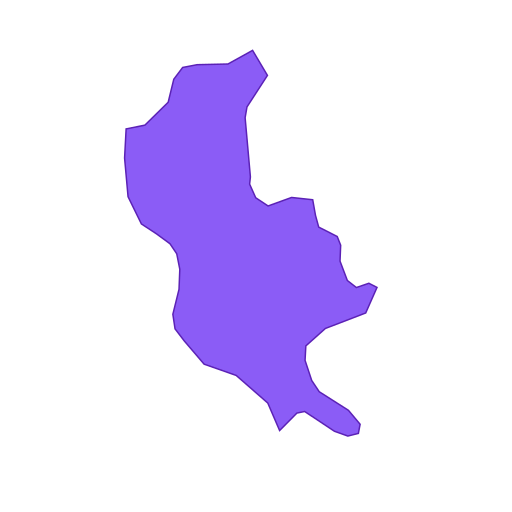 Koung-Khi, Ouest, Cameroon, rotated 339°
{"feature_id": "32672807B81686658173178", "entity_name": "Koung-Khi", "entity_type": "district", "adm_level": 2, "iso_a3": "CMR", "parent_name": "Cameroon", "parent_adm1": "Ouest", "projection": "equal_earth", "projection_center": [10.485, 5.336], "detail": "fine", "context": "isolated", "style": "filled", "palette": "violet", "viewbox_px": 512, "rotation_deg": 339, "n_neighbors": 0, "source": "geoboundaries", "source_scale": "gbopen_adm2", "svg_char_len": 822}
<svg xmlns="http://www.w3.org/2000/svg" viewBox="0 0 512 512"><g transform="rotate(339 256 256)"><path d="M215.5,427.4L237.9,417.3L245.7,418.6L266.4,447.7L277.2,457.0L288.0,458.3L292.9,450.4L287.0,433.2L266.4,405.4L263.4,392.2L264.4,371.0L270.3,357.8L294.8,348.5L338.0,348.5L357.7,328.7L351.6,321.9L338.4,321.4L332.5,311.6L332.6,290.9L338.9,276.3L338.8,266.9L324.9,251.5L326.1,239.4L329.1,223.8L310.2,214.1L285.2,213.6L276.6,201.5L275.8,186.6L279.1,180.2L295.4,123.0L301.0,113.6L331.4,91.5L326.5,62.8L298.6,66.7L269.6,56.3L255.1,53.7L242.6,61.5L229.1,81.0L199.2,94.0L180.3,90.8L168.4,117.5L157.8,154.8L160.5,185.0L171.2,199.9L180.1,213.8L182.8,225.5L180.1,241.1L172.2,259.5L157.5,280.6L154.3,295.0L158.6,309.6L168.8,338.4L194.7,360.4L214.3,397.5L215.5,427.4Z" fill="#8b5cf6" stroke="#5b21b6" stroke-width="1.5"/></g></svg>